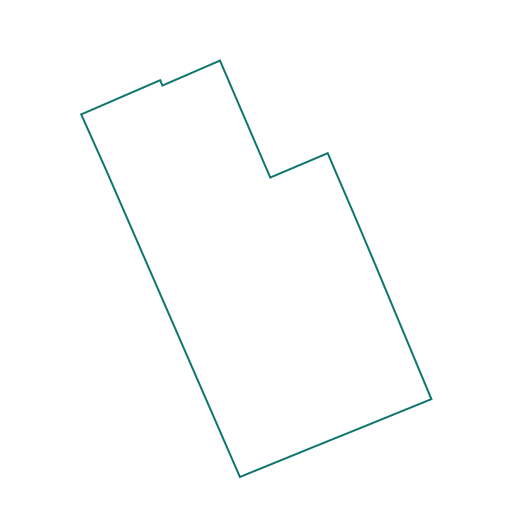 the district of Kankakee, Illinois, United States of America, rotated 68°
{"feature_id": "52423323B31844468450221", "entity_name": "Kankakee", "entity_type": "district", "adm_level": 2, "iso_a3": "USA", "parent_name": "United States of America", "parent_adm1": "Illinois", "projection": "equal_earth", "projection_center": [-87.786, 41.146], "detail": "fine", "context": "isolated", "style": "outline", "palette": "teal", "viewbox_px": 512, "rotation_deg": 68, "n_neighbors": 0, "source": "geoboundaries", "source_scale": "gbopen_adm2", "svg_char_len": 436}
<svg xmlns="http://www.w3.org/2000/svg" viewBox="0 0 512 512"><g transform="rotate(68 256 256)"><path d="M59.2,365.0L122.5,362.7L454.9,353.7L454.8,343.3L454.6,273.8L454.6,260.7L454.6,253.8L454.6,250.4L454.6,246.5L454.6,246.0L454.6,245.5L454.6,243.3L454.6,241.7L454.4,147.0L313.1,148.6L251.4,149.6L218.1,150.4L187.5,151.0L188.6,213.4L61.3,216.2L62.9,278.9L57.1,279.0L59.2,365.0Z" fill="none" stroke="#0f766e" stroke-width="2"/></g></svg>